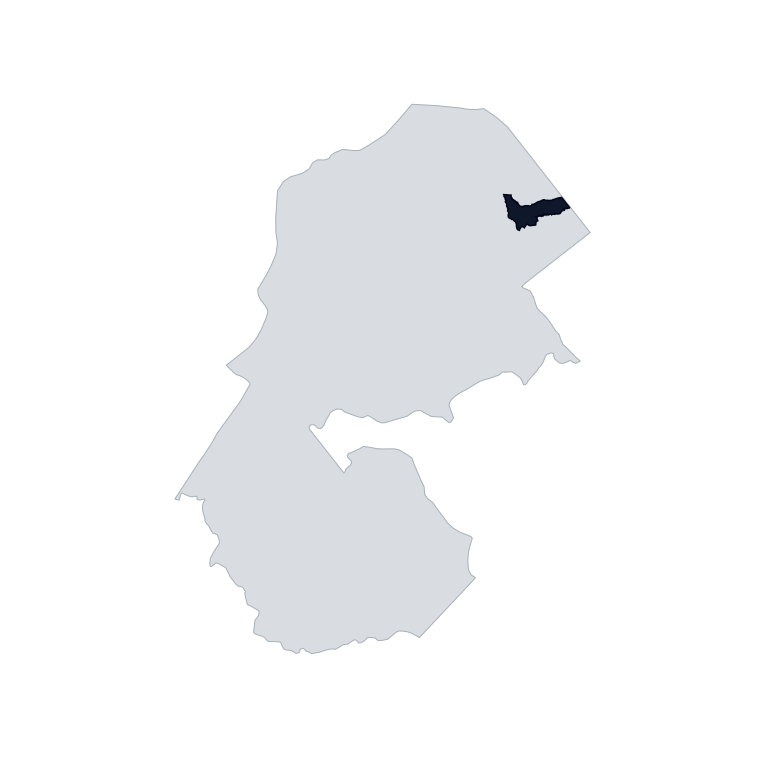 location of Mitete, Western, Zambia, rotated 142°
{"feature_id": "96606910B13624449135340", "entity_name": "Mitete", "entity_type": "district", "adm_level": 2, "iso_a3": "ZMB", "parent_name": "Zambia", "parent_adm1": "Western", "projection": "mercator", "projection_center": [22.406, -14.284], "detail": "fine", "context": "in_parent", "style": "filled", "palette": "ink", "viewbox_px": 768, "rotation_deg": 142, "n_neighbors": 0, "source": "geoboundaries", "source_scale": "gbopen_adm2", "svg_char_len": 9005}
<svg xmlns="http://www.w3.org/2000/svg" viewBox="0 0 768 768"><g transform="rotate(142 384 384)"><path d="M496.8,495.9L467.6,496.0L457.0,498.4L448.2,502.0L437.9,507.6L431.8,511.6L430.2,513.8L429.4,518.6L429.4,526.1L428.3,531.5L425.2,536.4L409.4,542.4L399.0,547.3L388.9,553.1L381.2,560.6L376.0,569.8L367.3,581.3L349.0,601.8L338.5,605.6L329.6,604.7L318.9,600.4L310.4,599.6L304.1,602.3L298.3,601.5L293.0,597.2L288.6,595.6L284.9,596.8L280.3,596.6L271.9,594.2L264.6,586.9L260.6,583.9L257.6,582.7L248.9,581.5L228.8,579.8L208.0,583.5L189.7,587.2L171.1,570.9L153.1,553.7L149.3,549.3L142.6,543.6L137.7,540.8L135.8,539.4L131.0,524.1L128.4,510.1L128.3,376.5L209.9,376.5L215.2,376.0L215.4,374.6L211.6,367.5L211.8,365.0L212.8,360.2L216.4,350.6L216.6,347.4L215.0,336.9L215.1,331.1L216.1,319.4L215.5,315.4L217.4,310.1L218.1,306.6L218.8,305.1L217.9,301.1L216.3,287.1L215.3,281.3L220.2,282.2L221.8,285.0L222.8,288.1L225.0,288.3L230.8,290.2L232.8,292.8L234.1,298.4L233.3,301.2L231.5,303.6L233.3,305.6L237.2,307.0L239.5,306.6L246.0,302.7L252.1,301.3L255.2,300.3L268.6,297.8L271.3,296.5L273.2,296.5L274.5,297.6L273.3,301.5L272.9,305.1L274.6,311.7L275.8,314.8L278.6,317.1L280.7,318.2L283.0,320.6L287.6,320.2L298.0,323.6L301.1,325.2L305.5,326.7L308.5,327.3L319.2,328.5L330.4,330.4L336.3,330.6L340.4,330.1L343.3,329.1L345.1,328.0L345.9,327.1L350.1,314.5L352.3,313.5L355.1,312.8L356.7,314.0L358.5,322.0L366.6,329.2L369.4,335.2L371.4,340.4L373.2,341.8L376.3,343.6L381.2,344.2L385.6,344.4L407.5,353.2L409.9,354.9L412.6,359.6L414.2,364.9L416.0,369.1L418.8,369.9L421.3,370.3L423.8,373.1L425.7,375.7L432.2,386.1L433.1,390.3L436.3,393.1L440.5,394.3L444.5,394.4L446.7,393.2L452.4,391.0L456.7,388.5L459.9,387.7L461.8,388.2L463.2,389.9L464.2,395.1L467.3,396.9L469.6,396.2L470.5,394.2L470.5,393.1L470.4,338.6L468.5,339.0L465.9,340.5L460.1,340.7L457.9,341.9L457.2,343.6L457.6,345.9L457.7,348.9L456.9,350.4L454.4,351.0L450.7,349.8L444.0,348.2L438.5,347.3L434.5,343.2L429.1,337.1L425.5,334.0L417.0,327.5L415.6,326.3L413.0,323.3L410.8,318.2L408.7,312.3L407.5,308.5L409.6,302.8L414.5,284.0L415.7,278.2L419.8,272.2L420.1,266.9L418.5,260.1L418.9,256.4L419.4,235.0L418.3,228.2L415.5,220.7L409.4,210.3L409.4,208.1L418.9,201.3L421.7,198.7L426.6,193.3L429.9,188.6L432.0,184.8L432.8,179.9L431.2,175.3L434.4,174.4L512.3,162.4L513.4,165.6L515.8,170.9L518.5,174.8L521.8,178.2L524.6,180.3L526.5,180.9L538.5,180.7L542.8,182.8L546.6,185.4L547.5,189.5L550.0,192.0L552.7,194.0L553.8,194.3L555.8,193.8L559.0,193.8L562.0,194.6L563.4,195.5L563.5,198.9L564.4,200.5L568.5,201.1L572.6,201.3L576.6,203.7L580.9,204.1L585.9,205.0L588.3,207.5L593.6,210.1L600.1,212.4L607.2,216.2L607.4,217.3L608.6,219.6L609.9,221.2L609.9,223.5L610.6,225.7L612.4,226.3L613.9,226.4L615.3,224.8L617.2,224.9L619.3,225.9L620.0,228.4L621.7,231.8L624.3,234.1L626.1,236.3L625.5,240.4L624.4,244.2L628.0,247.8L632.6,251.3L633.9,252.9L634.3,258.1L635.0,259.9L638.1,264.2L639.7,267.1L639.6,268.7L631.1,277.3L625.8,278.6L623.5,280.4L622.2,282.2L625.6,290.8L627.4,294.0L625.9,298.1L622.5,305.0L620.9,305.6L620.6,310.9L621.7,312.8L623.3,314.3L624.0,317.8L623.9,326.7L621.8,336.7L625.6,345.5L626.9,346.4L632.2,346.5L633.2,347.2L631.9,349.7L628.1,353.6L621.4,356.6L611.7,359.9L609.6,363.1L608.3,367.7L609.4,370.4L610.7,372.0L610.3,376.0L609.5,380.3L609.8,383.6L609.3,386.6L608.0,388.1L606.3,392.5L604.2,397.0L602.6,399.1L600.2,401.2L596.3,403.0L596.4,403.9L600.7,406.0L601.9,407.5L602.3,408.4L600.5,410.7L602.5,412.1L604.9,413.3L607.2,416.3L609.9,421.9L610.4,422.5L611.1,422.6L612.6,422.0L615.3,419.7L617.2,418.8L619.6,422.1L578.9,436.1L569.3,439.0L555.1,443.9L550.5,445.8L546.7,447.6L508.9,458.5L503.0,460.7L489.6,466.3L489.1,467.2L489.3,469.8L490.5,475.0L492.8,479.8L494.8,482.6L496.0,489.7L496.8,495.9Z" fill="#d9dde1" stroke="#a8b0b8" stroke-width="1"/><path d="M173.6,460.1L173.4,459.8L173.1,459.5L172.9,459.3L173.0,458.8L173.1,458.7L173.8,458.1L174.0,457.9L173.8,456.6L174.4,455.4L174.6,455.0L174.9,454.6L174.9,454.3L174.7,453.6L174.9,453.4L175.2,453.2L176.0,453.1L176.2,452.9L176.4,452.1L176.2,451.5L176.3,451.1L176.5,450.4L176.6,449.8L176.9,449.4L177.2,449.2L177.6,449.1L177.7,448.9L177.9,448.4L177.9,447.7L178.3,447.0L178.5,445.3L178.6,445.2L179.3,445.1L179.8,444.7L180.0,444.4L180.1,444.0L180.0,443.2L180.2,442.7L180.9,441.6L182.3,440.5L183.2,439.1L183.2,438.0L182.2,436.1L182.1,435.8L182.2,435.5L182.2,435.2L181.5,434.7L181.1,433.9L181.0,433.2L181.1,432.6L181.0,432.2L180.6,430.9L180.7,430.0L181.4,428.3L181.4,427.7L181.7,427.4L182.3,427.2L182.5,427.0L182.9,425.9L183.2,425.4L183.6,424.5L183.7,423.5L183.6,423.1L182.8,421.9L182.7,421.7L182.5,421.8L182.4,422.3L181.6,422.5L180.8,422.5L180.7,423.0L179.5,423.3L178.9,423.2L178.6,423.2L178.4,423.2L178.2,422.8L177.7,422.3L177.4,421.9L177.3,421.4L177.3,420.9L177.0,421.1L176.4,421.0L175.9,421.1L174.9,421.5L174.3,421.9L174.0,421.8L172.8,421.8L172.7,421.7L172.2,419.9L171.4,418.8L166.6,415.9L164.3,418.2L163.4,418.2L163.2,418.0L162.6,418.2L162.3,418.0L161.1,421.4L161.1,421.6L160.9,421.7L161.1,421.9L161.1,422.0L160.7,421.6L160.4,421.7L160.3,421.2L160.2,421.2L160.1,421.4L160.0,421.5L159.9,421.7L159.4,421.1L158.8,421.1L158.5,420.8L158.3,420.8L158.0,421.4L157.8,421.5L157.7,421.4L157.7,421.2L158.0,420.9L157.9,420.6L157.3,420.5L157.2,420.4L157.2,420.2L157.2,419.8L156.8,419.8L156.8,419.4L156.7,419.2L156.1,419.6L155.9,419.6L156.0,419.5L155.8,419.3L156.0,419.2L155.8,419.1L155.9,418.9L155.7,418.8L155.5,419.1L155.3,419.0L155.1,419.1L154.9,419.0L154.9,418.8L154.8,418.7L154.7,418.5L154.4,418.7L154.5,418.8L153.8,418.5L153.5,418.8L153.4,418.6L153.2,418.5L153.0,418.3L152.7,418.4L152.7,418.2L152.3,418.0L152.3,417.8L152.2,417.9L152.0,417.6L151.9,417.6L151.8,417.8L151.8,417.6L151.5,417.6L151.6,417.4L151.8,417.3L151.6,417.3L151.4,417.0L151.2,417.0L151.1,416.7L150.6,416.5L150.4,416.3L150.6,416.2L150.1,415.8L149.4,415.8L149.4,416.0L149.0,415.7L148.7,415.8L148.4,415.6L148.2,415.6L148.0,415.1L147.6,415.0L147.5,414.5L147.4,414.5L147.4,414.4L147.2,414.3L147.3,414.2L146.9,414.2L146.7,413.9L146.3,414.0L146.2,413.9L145.9,413.5L145.8,413.4L145.7,413.4L145.5,413.2L145.4,413.0L145.1,412.8L144.9,412.9L144.9,412.7L144.7,412.7L144.6,412.4L144.4,412.4L144.2,412.4L144.2,412.5L144.0,412.4L144.0,412.5L143.7,412.5L143.5,412.2L143.4,412.3L143.1,412.4L143.0,412.2L143.1,411.6L142.8,411.4L142.7,411.2L142.4,411.2L142.1,411.2L141.8,410.9L141.8,410.7L141.5,410.6L141.4,410.3L140.9,410.3L140.5,410.1L140.3,410.2L140.1,410.1L139.8,410.0L139.7,410.1L139.2,410.3L139.1,410.7L139.0,410.8L138.5,410.9L138.3,410.6L137.9,410.6L137.6,410.7L137.4,410.7L137.3,410.8L137.2,411.0L136.9,411.0L136.3,411.0L136.3,410.9L136.2,410.8L136.2,410.6L136.0,410.4L135.8,410.3L135.7,410.4L135.3,410.1L135.3,410.3L135.2,410.2L135.1,410.3L134.8,410.3L134.7,410.5L134.9,410.6L134.6,410.5L134.5,410.9L134.4,410.8L134.2,410.9L133.9,410.7L133.7,410.7L133.4,410.7L133.2,410.5L133.0,410.4L132.9,410.3L132.7,410.5L132.4,410.4L132.4,410.2L132.2,410.2L132.0,409.9L131.7,410.0L131.6,409.9L131.4,409.8L131.4,409.6L131.2,409.6L131.2,409.4L130.9,409.4L130.7,409.2L130.3,409.1L130.2,408.9L130.2,409.0L129.8,408.7L129.6,408.8L129.4,408.6L129.1,408.8L129.2,421.8L130.4,422.3L131.1,422.8L131.7,422.8L131.9,422.9L131.8,423.1L133.0,423.6L133.6,423.9L133.8,423.9L134.0,423.9L134.8,424.3L135.4,424.4L136.7,425.0L137.2,425.3L137.5,425.3L137.5,425.2L137.8,425.1L138.6,425.4L139.6,426.2L140.0,426.3L140.6,426.7L140.8,427.0L141.1,427.1L142.0,428.0L142.3,428.4L143.0,428.7L143.4,429.0L143.6,429.4L143.7,429.5L143.8,429.7L144.0,429.8L144.0,430.1L144.6,430.8L144.8,430.8L145.0,431.0L145.1,430.9L145.2,431.0L145.3,431.1L145.5,431.1L146.2,431.1L146.3,431.3L146.4,431.2L146.5,431.3L146.7,431.2L146.8,431.2L147.1,431.2L147.2,431.5L147.5,431.5L148.0,431.8L148.8,431.9L148.8,432.1L149.0,432.2L149.7,432.3L149.9,432.3L150.0,432.6L150.5,432.8L150.9,432.7L151.1,432.9L151.3,432.8L151.7,432.9L151.8,432.8L152.1,432.8L152.5,432.6L152.8,433.0L153.0,432.9L153.5,433.2L153.9,433.1L154.6,433.3L154.8,433.4L155.5,433.4L155.8,433.6L156.1,433.4L156.4,433.4L156.6,433.6L156.6,433.8L156.7,434.4L157.1,434.3L157.7,433.8L158.0,433.9L158.3,433.7L158.7,433.8L158.9,434.0L159.0,434.2L159.3,434.3L159.5,434.5L159.8,434.5L160.1,435.0L160.2,435.3L160.6,435.5L160.7,435.8L161.2,435.9L161.7,436.2L161.8,436.4L161.7,436.5L161.8,436.6L162.2,437.1L162.5,437.0L162.8,437.2L163.2,437.2L163.4,437.6L163.6,437.7L163.7,437.9L164.0,437.9L164.1,438.1L164.5,438.2L165.0,438.1L165.6,438.4L165.6,438.6L166.0,438.6L166.5,439.6L167.2,440.2L167.5,440.7L167.5,440.9L167.5,441.7L167.6,441.9L167.4,442.5L167.3,443.1L167.6,444.0L167.3,444.4L167.0,444.6L166.9,444.9L167.7,445.5L167.7,445.8L167.6,446.1L168.0,446.9L167.9,447.2L168.0,447.5L168.2,447.8L168.1,448.1L168.5,448.3L168.8,448.3L168.9,448.5L168.7,449.0L168.5,449.3L168.7,450.0L168.9,450.2L169.2,450.3L168.9,450.8L168.8,451.2L169.1,451.3L169.1,451.6L169.3,451.7L169.5,451.6L169.6,451.8L169.4,452.3L169.2,452.4L169.0,452.5L168.7,452.5L168.7,452.8L168.8,453.0L168.6,453.2L168.4,453.5L168.1,453.7L168.1,453.8L168.0,454.4L167.8,454.5L167.6,454.6L173.6,460.1Z" fill="#0f172a" stroke="#020617" stroke-width="1.5"/></g></svg>